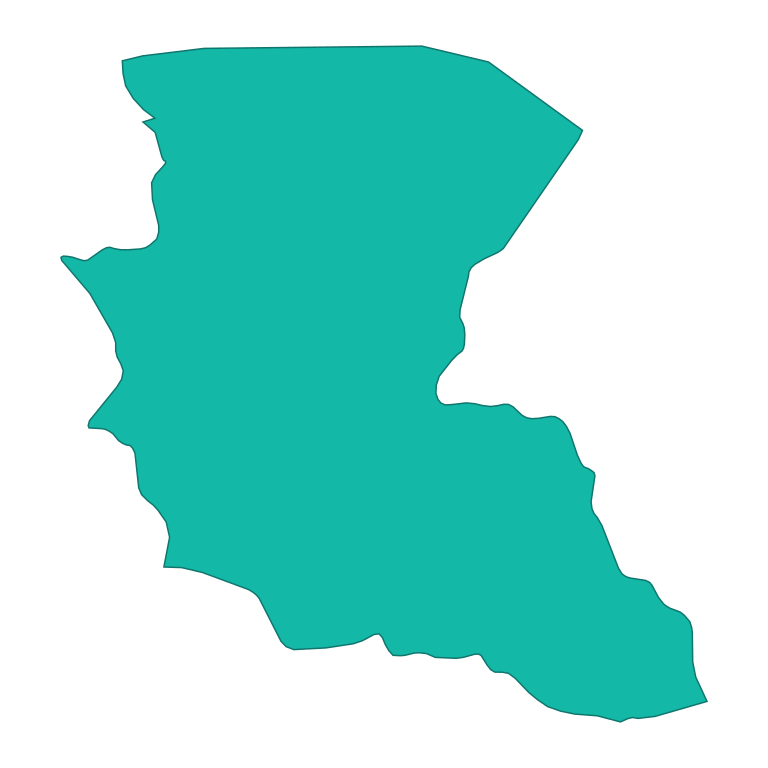 the District of Manzini, rotated 90°
{"feature_id": "SWZ-536", "entity_name": "Manzini", "entity_type": "District", "adm_level": 1, "iso_a3": "SWZ", "parent_name": "eSwatini", "parent_adm1": "", "projection": "natural_earth1", "projection_center": [31.309, -26.515], "detail": "fine", "context": "isolated", "style": "filled", "palette": "teal", "viewbox_px": 768, "rotation_deg": 90, "n_neighbors": 0, "source": "natural_earth", "source_scale": "10m", "svg_char_len": 2503}
<svg xmlns="http://www.w3.org/2000/svg" viewBox="0 0 768 768"><g transform="rotate(90 384 384)"><path d="M60.8,645.7L55.8,624.9L48.4,563.9L47.1,441.0L46.1,346.2L62.0,279.5L130.4,185.5L139.5,189.6L248.4,264.6L250.5,267.3L252.6,270.6L258.8,283.8L264.3,293.1L267.7,296.8L272.2,299.1L276.3,299.6L309.7,307.9L317.3,308.3L323.5,305.2L328.1,303.7L334.6,303.2L344.1,303.6L348.3,304.5L350.9,305.9L354.7,310.8L360.7,316.6L376.2,328.8L385.1,331.7L393.3,332.1L399.3,330.1L403.0,327.1L404.9,322.9L404.6,316.4L402.9,301.7L403.7,293.3L405.6,285.2L406.5,277.2L405.6,270.1L404.3,264.2L404.4,259.6L406.8,255.0L415.3,246.0L417.8,241.3L418.7,236.2L418.3,229.3L416.4,217.6L416.7,213.0L418.5,209.3L421.5,205.3L426.3,201.6L433.5,197.9L455.5,190.5L463.0,187.0L466.0,185.0L467.2,183.5L468.6,179.7L470.2,177.1L472.6,174.0L475.8,173.1L501.6,176.9L508.4,176.1L513.3,174.1L517.6,170.7L525.5,166.1L568.5,149.4L573.8,146.0L575.6,143.7L577.0,141.2L578.1,137.4L580.4,122.5L582.3,118.4L585.6,115.8L597.3,109.6L604.0,104.4L606.4,101.2L608.2,98.1L612.1,87.7L615.6,83.4L621.7,78.2L627.4,76.4L632.3,75.7L661.8,75.3L677.0,72.3L701.4,61.0L716.4,112.9L718.4,130.0L717.5,135.5L718.6,140.1L721.9,147.6L715.8,170.7L714.1,193.0L711.3,206.9L706.6,220.3L699.7,230.5L692.5,239.2L678.4,252.7L673.3,259.5L672.2,265.7L672.1,273.2L669.7,277.2L665.3,280.7L655.6,286.8L654.1,289.3L654.2,293.2L657.3,304.5L658.3,311.8L657.4,332.7L653.6,341.4L652.8,348.2L653.0,353.4L655.3,363.0L655.7,367.7L655.3,375.0L650.6,379.2L644.3,382.8L637.5,385.6L633.8,389.0L634.5,394.0L640.8,405.8L643.8,414.9L647.9,442.1L649.6,474.2L646.6,481.9L641.3,487.0L598.2,508.9L595.3,511.3L592.3,514.9L589.6,519.3L572.5,565.5L567.6,586.3L567.0,604.1L537.3,598.4L522.0,601.8L510.2,610.0L505.2,614.6L500.9,620.1L494.7,626.4L487.8,629.3L453.2,633.0L448.2,635.4L445.5,637.9L445.0,641.5L443.4,645.3L440.7,649.3L433.7,655.1L431.0,659.1L429.2,662.9L428.6,666.8L427.9,679.0L425.5,679.8L420.7,678.5L387.1,651.2L379.3,646.4L370.9,644.7L363.8,647.2L357.1,650.8L350.9,652.3L342.6,652.3L332.9,655.5L293.4,678.2L260.4,706.3L257.3,707.0L256.1,704.7L256.4,700.4L257.2,695.5L259.9,687.2L260.7,683.8L260.2,680.4L249.9,665.8L247.7,661.4L247.3,658.0L248.6,653.8L249.7,647.7L249.8,640.2L248.9,627.4L247.7,622.4L245.2,618.2L239.0,611.2L232.2,609.3L225.4,609.3L199.7,615.5L182.8,616.4L174.5,612.4L166.3,604.8L163.1,602.4L161.3,602.4L160.4,604.3L157.2,606.0L132.4,612.8L122.0,625.0L118.2,613.1L109.7,624.4L98.4,634.8L85.9,642.3L73.7,644.9L60.8,645.7Z" fill="#14b8a6" stroke="#0f766e" stroke-width="1.5"/></g></svg>